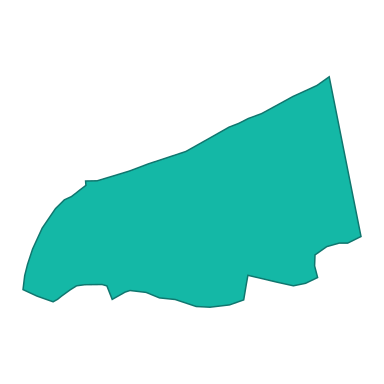 Rosso, Trarza, Mauritania (Albers equal-area conic projection)
{"feature_id": "47542326B77132653245300", "entity_name": "Rosso", "entity_type": "district", "adm_level": 2, "iso_a3": "MRT", "parent_name": "Mauritania", "parent_adm1": "Trarza", "projection": "albers", "projection_center": [-15.757, 16.661], "detail": "fine", "context": "isolated", "style": "filled", "palette": "teal", "viewbox_px": 384, "rotation_deg": 0, "n_neighbors": 0, "source": "geoboundaries", "source_scale": "gbopen_adm2", "svg_char_len": 792}
<svg xmlns="http://www.w3.org/2000/svg" viewBox="0 0 384 384"><path d="M23.0,289.6L37.0,296.1L53.1,301.8L57.6,299.3L61.4,296.2L70.1,289.9L76.6,285.8L84.8,284.7L102.1,284.5L106.9,285.9L112.2,299.4L125.1,292.1L130.0,290.5L146.1,292.4L159.5,297.9L175.2,299.5L196.2,306.5L210.0,307.2L229.5,304.9L243.7,299.9L246.2,284.9L247.9,275.3L277.1,282.2L293.4,285.8L305.6,283.3L317.6,277.5L314.6,265.9L315.0,254.9L326.8,246.6L339.2,243.1L347.7,243.1L356.0,239.0L361.0,236.5L329.2,76.8L316.9,85.5L292.9,96.5L261.6,113.6L248.3,118.5L238.7,123.4L229.1,127.1L204.7,140.9L185.8,151.5L148.5,163.8L129.2,171.1L97.1,180.8L85.6,181.0L85.9,185.4L80.2,189.7L75.3,193.6L71.4,196.6L64.4,199.8L55.5,208.6L42.2,228.1L32.6,249.0L27.5,264.5L24.7,275.6L23.0,289.6Z" fill="#14b8a6" stroke="#0f766e" stroke-width="1.5"/></svg>